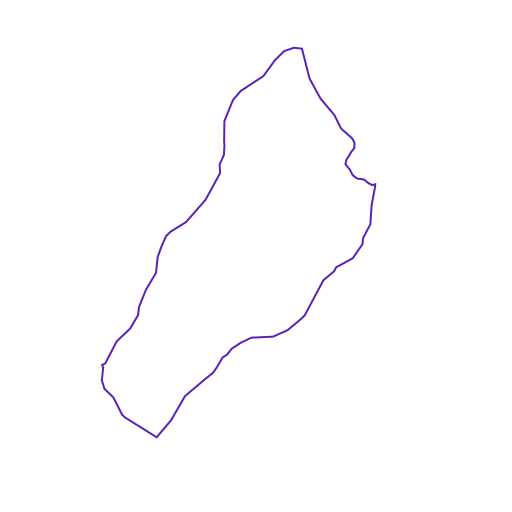 Petapa, Guatemala, rotated 206°
{"feature_id": "79465075B74125992353590", "entity_name": "Petapa", "entity_type": "district", "adm_level": 2, "iso_a3": "GTM", "parent_name": "Guatemala", "parent_adm1": "", "projection": "equal_earth", "projection_center": [-90.558, 14.508], "detail": "fine", "context": "isolated", "style": "outline", "palette": "violet", "viewbox_px": 512, "rotation_deg": 206, "n_neighbors": 0, "source": "geoboundaries", "source_scale": "gbopen_adm2", "svg_char_len": 1161}
<svg xmlns="http://www.w3.org/2000/svg" viewBox="0 0 512 512"><g transform="rotate(206 256 256)"><path d="M265.8,49.5L260.3,71.3L258.4,98.9L248.1,122.3L243.5,132.1L242.5,138.0L241.5,150.2L238.7,154.8L237.3,161.9L231.5,171.6L224.3,180.6L205.4,190.9L195.1,203.2L189.2,216.2L186.2,223.8L184.8,263.8L179.1,276.5L179.0,281.0L170.3,293.2L168.0,296.6L165.5,313.2L167.6,319.2L167.1,334.6L174.4,352.5L179.2,370.0L180.3,372.7L182.5,370.7L187.1,370.8L189.6,371.4L191.9,372.1L195.8,371.1L198.2,370.1L200.7,370.2L204.5,371.0L206.3,372.4L209.6,374.8L212.4,376.1L215.9,377.8L216.9,382.0L216.6,385.0L216.2,388.6L215.9,391.9L214.9,396.2L217.3,401.2L221.5,404.0L235.3,407.8L247.3,417.0L266.9,425.7L285.6,438.9L305.6,462.5L313.2,459.8L320.5,452.5L324.8,440.4L328.2,421.0L342.0,397.8L345.1,386.2L343.5,363.3L335.1,345.5L332.6,341.1L329.2,332.9L328.8,322.2L324.6,314.9L326.0,284.3L333.8,255.7L343.4,240.5L345.5,234.7L345.2,223.9L343.9,211.9L338.5,197.1L340.1,177.3L338.8,158.8L336.1,151.1L337.3,135.6L343.8,118.2L344.4,93.5L346.5,90.6L344.4,88.7L341.7,81.2L340.2,76.9L334.0,70.2L322.1,66.3L306.7,54.6L302.6,53.4L265.8,49.5Z" fill="none" stroke="#5b21b6" stroke-width="2"/></g></svg>